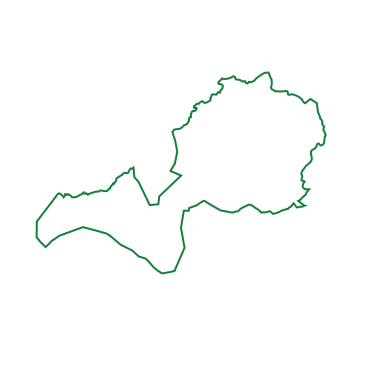 Bayo, Borno, Nigeria (Robinson projection), rotated 235°
{"feature_id": "59680162B41297071563530", "entity_name": "Bayo", "entity_type": "district", "adm_level": 2, "iso_a3": "NGA", "parent_name": "Nigeria", "parent_adm1": "Borno", "projection": "robinson", "projection_center": [11.717, 10.466], "detail": "fine", "context": "isolated", "style": "outline", "palette": "green", "viewbox_px": 384, "rotation_deg": 235, "n_neighbors": 0, "source": "geoboundaries", "source_scale": "gbopen_adm2", "svg_char_len": 4689}
<svg xmlns="http://www.w3.org/2000/svg" viewBox="0 0 384 384"><g transform="rotate(235 192 192)"><path d="M230.8,40.5L231.5,44.9L232.4,49.1L232.2,58.5L225.8,82.5L215.7,91.1L206.6,98.4L202.3,100.0L189.7,103.3L178.4,109.5L169.8,111.4L163.8,116.0L158.7,116.8L152.5,117.3L147.6,118.7L142.6,120.7L138.8,128.5L137.4,132.5L150.6,153.9L166.5,161.3L169.1,162.5L177.7,171.0L181.4,174.6L181.1,175.2L179.8,176.6L178.5,178.6L180.5,180.5L178.5,187.8L178.4,190.6L178.3,194.8L177.7,197.1L174.9,198.2L168.5,201.0L160.3,205.0L151.9,213.3L151.1,216.1L149.8,218.7L150.3,221.3L150.2,224.9L149.6,227.8L149.2,231.2L147.0,233.2L145.7,233.7L144.3,234.2L143.6,234.4L142.4,234.9L140.3,235.8L138.0,236.6L136.0,236.7L135.4,237.0L135.4,237.6L134.8,238.4L134.0,238.9L132.6,242.0L131.6,244.8L127.5,245.9L125.8,250.8L125.3,254.7L123.7,259.9L123.1,260.6L123.5,262.6L123.3,264.9L123.7,266.1L124.0,267.0L124.4,268.1L124.5,268.8L121.8,268.9L121.7,268.9L121.2,268.9L119.3,269.0L118.8,269.5L118.7,269.9L118.5,270.7L118.1,271.6L117.8,272.2L117.4,272.8L117.2,273.3L116.9,273.6L116.7,274.0L116.6,274.6L116.5,275.4L116.3,275.8L116.2,276.4L116.4,276.2L116.9,276.0L118.1,275.7L119.0,275.4L120.0,275.0L120.9,274.8L122.6,274.3L123.7,273.9L123.5,275.7L124.3,279.7L124.5,282.4L124.6,283.6L126.1,286.0L127.0,289.5L129.5,286.1L131.8,285.5L133.2,285.8L135.0,287.7L136.0,290.3L137.0,289.6L138.6,288.4L140.2,289.7L141.6,291.4L144.2,291.9L145.7,293.7L147.1,297.7L148.0,300.4L148.3,304.1L148.5,306.0L149.3,307.9L150.4,309.1L152.6,310.4L154.9,311.3L156.7,312.3L157.6,314.7L157.1,316.8L157.5,319.0L158.4,320.6L159.4,322.0L159.4,322.9L158.9,323.7L157.5,323.8L156.4,324.0L155.6,326.2L156.5,328.5L158.7,330.3L161.1,332.5L162.0,334.2L164.6,334.9L165.7,335.1L167.2,335.1L168.6,336.1L169.5,337.3L170.0,337.8L171.4,337.5L173.3,337.7L174.2,338.9L175.5,339.2L177.4,339.5L178.3,339.1L179.3,339.5L180.1,339.9L183.6,340.7L185.4,341.1L193.1,345.2L197.0,343.7L200.4,342.2L199.9,338.5L199.9,337.2L199.8,335.7L200.3,335.2L202.6,334.9L204.8,335.2L208.9,334.0L211.7,332.3L213.4,331.2L214.8,329.9L215.2,328.6L215.9,327.3L217.0,326.7L218.4,327.6L219.7,327.9L221.2,326.3L222.4,324.0L223.4,322.4L224.5,320.8L226.0,319.4L227.0,317.6L228.8,317.3L230.0,316.3L231.9,316.5L233.0,317.5L234.3,318.9L235.4,319.8L237.0,320.8L238.5,321.7L240.6,321.9L245.9,323.2L246.9,321.8L247.9,319.8L248.2,317.7L248.3,315.0L248.3,311.9L248.3,309.7L247.5,307.3L247.6,305.8L248.0,303.4L249.6,301.7L249.1,299.7L249.9,299.0L250.8,298.7L251.9,299.0L252.6,299.0L252.8,298.1L253.7,296.6L255.4,296.0L256.9,295.1L258.1,293.4L259.4,292.6L260.4,292.6L261.3,293.2L262.4,292.7L263.2,292.1L263.3,291.2L263.3,289.6L264.2,286.7L266.2,282.7L267.8,281.8L267.2,279.4L267.1,277.8L266.4,276.1L265.2,275.9L263.8,277.4L262.2,278.3L260.6,277.7L259.1,275.9L259.1,274.3L258.7,273.3L257.7,272.6L257.4,271.8L258.7,270.7L257.9,267.7L259.1,266.3L260.2,264.9L260.0,263.6L259.0,262.3L258.3,260.6L256.9,260.3L256.5,258.9L256.7,256.7L257.4,254.0L258.1,253.1L259.6,252.9L260.6,252.5L260.9,249.9L260.3,248.4L261.1,247.2L261.6,246.4L261.1,244.8L261.1,242.8L260.4,242.1L259.2,242.3L258.4,243.9L257.6,243.7L256.7,241.6L257.1,240.4L258.0,239.1L257.6,237.7L256.5,236.0L254.9,234.6L253.9,234.0L254.3,233.0L254.1,231.8L252.2,230.5L251.4,228.7L250.6,226.9L250.8,225.1L251.3,223.6L250.8,221.9L250.7,219.9L250.6,219.1L251.2,217.4L251.8,216.4L252.9,214.2L253.3,212.9L252.6,211.5L252.5,210.4L243.3,207.5L233.4,203.0L225.0,194.1L222.2,187.7L221.5,186.4L211.7,192.5L207.2,162.7L201.3,157.4L205.5,149.9L230.8,154.0L237.4,153.3L240.3,155.1L245.5,158.0L245.2,156.6L246.0,155.8L246.5,155.1L246.2,154.1L245.8,153.3L245.5,152.9L245.3,152.4L244.9,151.7L244.5,150.9L244.3,150.1L244.7,149.3L245.4,148.8L246.2,148.0L246.6,146.8L246.5,145.4L246.0,144.3L246.3,143.1L246.3,141.2L246.5,139.0L246.1,137.5L245.3,136.7L244.7,136.2L244.4,135.8L244.4,135.1L244.1,134.5L244.0,133.6L243.6,133.2L243.5,132.8L244.2,132.7L244.4,132.2L243.7,131.1L242.7,127.8L241.9,127.1L242.2,126.2L242.2,125.5L241.8,125.2L241.8,124.6L241.7,123.6L241.6,122.8L242.0,122.1L242.4,121.5L242.9,120.9L243.6,120.0L244.5,119.4L245.2,118.7L245.7,117.9L245.8,116.9L245.9,115.8L246.5,114.9L247.0,114.1L247.7,112.6L248.1,111.8L248.4,110.3L248.8,108.7L249.3,107.4L249.7,106.2L249.4,105.4L249.8,104.9L250.7,104.9L251.5,104.7L252.0,103.9L252.5,102.8L253.0,102.7L253.8,103.1L254.0,102.6L253.4,101.5L253.5,100.3L253.7,99.2L254.0,97.9L254.0,96.4L254.3,94.6L254.9,93.1L255.5,92.1L256.2,90.9L257.1,90.8L257.9,90.7L258.7,90.5L259.7,90.0L260.4,89.7L261.2,89.4L261.1,88.3L261.4,87.8L262.5,87.7L263.0,86.8L262.2,86.1L261.8,85.5L261.6,84.6L261.3,83.8L263.3,83.8L265.4,83.4L266.6,82.7L267.3,81.9L267.4,81.2L256.8,48.0L244.1,38.8L238.4,39.1L230.8,40.5Z" fill="none" stroke="#15803d" stroke-width="2"/></g></svg>